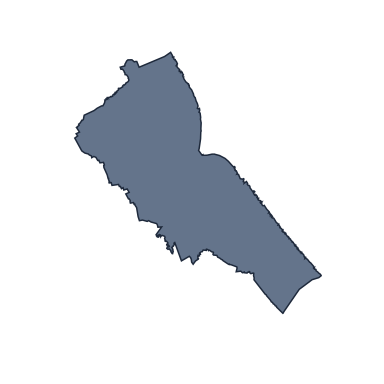 Mueang Samut Sakhon, Samut Sakhon, Thailand, rotated 248°
{"feature_id": "78962969B74449724715778", "entity_name": "Mueang Samut Sakhon", "entity_type": "district", "adm_level": 2, "iso_a3": "THA", "parent_name": "Thailand", "parent_adm1": "Samut Sakhon", "projection": "orthographic", "projection_center": [100.223, 13.533], "detail": "fine", "context": "isolated", "style": "filled", "palette": "slate", "viewbox_px": 384, "rotation_deg": 248, "n_neighbors": 0, "source": "geoboundaries", "source_scale": "gbopen_adm2", "svg_char_len": 6102}
<svg xmlns="http://www.w3.org/2000/svg" viewBox="0 0 384 384"><g transform="rotate(248 192 192)"><path d="M45.5,230.8L45.7,231.4L46.4,232.0L61.6,255.0L65.7,270.5L65.1,277.5L66.0,280.4L66.4,280.5L68.3,279.9L69.5,279.0L70.6,278.7L72.5,277.5L73.7,277.9L74.5,276.7L75.4,277.1L75.8,276.6L76.1,276.9L76.0,276.3L77.6,276.9L82.1,275.4L82.8,274.8L86.4,273.8L87.6,272.8L88.5,272.9L88.2,271.9L88.6,272.2L89.1,271.9L89.6,272.3L90.1,271.8L91.5,272.1L94.3,271.2L94.2,270.6L95.0,270.9L94.8,270.2L95.2,269.8L96.2,270.2L98.0,268.9L98.4,269.3L99.2,269.2L99.2,268.7L99.8,268.2L100.4,269.1L101.0,268.4L101.5,268.7L102.9,268.2L102.8,267.5L103.2,267.3L103.8,267.3L104.0,267.9L104.4,267.3L104.9,267.7L105.8,267.1L107.1,266.9L107.0,266.4L107.3,266.8L107.9,266.3L107.9,266.7L110.6,265.5L111.2,265.7L112.1,265.3L112.3,264.5L113.2,264.9L113.9,264.3L114.2,264.7L115.0,264.3L115.3,263.8L117.7,263.2L118.1,263.4L118.1,262.6L118.5,262.4L118.9,263.1L119.5,262.7L119.7,262.9L120.6,262.0L120.5,261.5L121.5,261.1L122.1,261.9L122.7,262.1L122.7,261.5L123.1,261.9L123.2,261.6L124.6,261.2L126.0,260.1L126.4,260.7L127.5,260.3L128.1,260.5L129.1,260.2L129.1,259.8L129.5,260.1L129.5,259.7L129.8,260.0L130.8,259.7L131.9,258.8L136.5,258.1L137.4,257.8L137.8,256.8L138.4,256.4L138.9,256.3L139.2,257.4L140.8,257.0L140.7,256.4L141.1,256.8L141.9,256.6L142.0,255.9L142.5,256.3L143.9,256.1L143.9,255.2L144.8,256.1L148.1,254.8L152.5,254.0L152.4,253.4L153.0,252.3L154.8,252.1L155.9,252.7L156.0,251.4L156.8,251.4L157.1,252.7L157.4,251.9L158.2,252.3L159.7,250.5L160.6,250.5L161.1,251.2L161.3,250.6L161.8,250.9L162.5,250.1L163.4,250.9L165.1,250.5L165.0,249.4L165.6,249.0L166.1,249.4L166.2,248.8L168.1,248.6L168.7,250.3L169.9,249.8L169.6,248.5L174.0,247.4L175.7,247.8L176.8,247.3L177.0,246.6L178.5,246.2L179.1,246.8L181.3,246.4L180.6,243.7L181.4,244.3L182.4,243.4L184.6,245.0L185.1,244.7L185.0,243.6L186.3,241.7L190.8,241.7L191.1,241.1L191.9,241.0L191.9,240.4L192.5,241.1L195.0,241.0L195.1,240.5L196.1,240.0L197.0,240.6L197.3,240.2L198.4,240.1L198.9,241.2L199.3,241.1L199.7,240.8L199.5,240.1L200.9,239.3L206.9,237.2L210.8,235.2L215.5,231.2L218.8,226.8L219.6,224.7L220.5,219.6L222.1,215.5L222.3,215.3L222.6,215.7L222.7,215.0L228.1,213.7L229.4,214.8L238.0,219.8L244.3,222.6L245.1,223.3L247.0,223.8L252.7,226.4L256.3,227.1L258.0,228.0L261.8,229.0L263.0,228.9L263.4,228.4L264.9,229.8L266.7,230.2L266.7,229.0L267.5,228.3L269.5,229.8L272.0,230.1L274.9,229.9L278.5,230.3L279.0,229.9L281.4,229.7L282.0,230.1L286.8,229.9L290.2,228.8L291.7,229.3L292.0,229.0L292.6,229.3L293.8,229.2L294.0,228.5L295.5,228.2L296.1,227.6L299.6,226.9L301.2,226.9L301.7,227.4L302.1,226.9L303.2,226.8L303.8,227.9L305.5,227.6L306.6,227.8L306.9,226.4L307.7,227.1L308.3,227.0L308.1,226.1L308.5,225.4L309.2,225.5L310.1,226.4L313.0,225.1L314.4,225.1L314.9,224.6L315.3,225.8L316.0,225.7L316.3,226.5L319.2,226.4L320.0,225.8L321.0,226.0L321.1,225.5L322.0,225.0L323.1,225.4L323.6,224.9L324.1,225.5L324.5,224.5L325.7,225.0L329.5,224.5L327.9,217.3L327.5,189.7L333.7,189.7L334.3,188.1L334.3,187.2L337.1,185.8L338.5,182.0L337.9,180.4L336.7,179.1L335.6,177.7L334.1,176.9L334.6,172.2L332.4,172.1L331.9,173.6L329.2,174.3L328.3,174.1L327.6,174.4L325.9,173.9L325.1,175.2L323.2,175.7L321.8,175.8L321.4,175.4L320.4,175.6L319.1,175.2L318.2,174.0L317.7,171.3L317.1,170.9L316.5,169.2L316.9,168.6L316.2,167.3L315.5,167.2L314.9,163.6L315.6,163.2L315.6,162.6L314.0,161.8L313.5,159.5L312.8,159.7L312.4,158.8L312.8,158.1L312.0,158.2L311.7,157.8L312.1,157.2L311.4,156.6L312.0,156.2L311.7,155.1L310.4,154.2L310.8,153.4L310.5,152.7L311.0,152.2L310.6,151.3L310.7,150.4L311.2,149.4L311.1,148.9L310.6,149.0L311.0,148.6L310.3,148.4L310.7,148.2L310.3,147.6L310.5,147.3L309.8,147.2L309.9,145.6L309.3,145.6L307.2,144.1L305.3,141.7L305.7,140.3L305.2,135.4L304.2,131.8L303.6,120.8L299.9,118.4L299.4,116.8L299.7,116.6L298.0,114.4L297.3,112.3L296.2,112.3L295.2,109.4L294.9,109.8L294.4,109.2L289.7,110.1L289.4,106.4L286.8,107.0L285.9,103.5L271.4,105.2L268.3,107.2L266.0,110.2L264.9,110.6L263.1,112.3L261.4,111.9L261.7,114.3L260.1,115.9L256.6,116.4L256.3,116.7L256.3,117.5L253.5,117.6L252.6,121.0L249.9,120.9L249.7,120.1L247.6,119.5L239.7,119.8L236.0,119.3L235.8,119.7L234.7,119.2L232.4,119.4L232.3,118.7L231.4,118.6L230.9,120.6L228.1,120.3L226.5,126.7L224.3,126.7L224.0,127.7L221.5,127.8L221.8,129.7L219.4,129.5L219.1,133.0L215.2,133.6L215.0,129.9L209.4,130.5L209.2,131.2L207.0,131.5L206.2,130.9L204.8,130.7L204.1,133.8L202.3,133.7L202.2,134.4L201.2,134.2L198.3,134.8L189.3,132.8L185.1,132.5L184.5,135.6L181.5,139.5L181.7,141.1L179.6,142.7L176.0,147.3L174.7,147.6L172.1,147.2L171.0,150.8L165.9,142.8L165.0,143.2L164.7,142.6L163.3,143.0L162.7,144.1L163.4,145.1L163.9,144.9L164.0,144.2L164.5,144.4L164.8,145.8L163.9,146.7L162.3,146.3L162.8,147.0L162.8,148.3L161.2,150.0L160.0,150.0L159.0,149.1L157.3,149.2L156.8,148.6L156.1,149.0L155.9,149.9L154.0,150.6L153.2,150.2L153.0,149.0L152.5,148.7L152.0,148.9L151.8,150.1L150.2,150.7L149.7,149.9L150.4,149.2L150.3,148.5L149.1,147.5L147.8,148.3L147.8,149.5L145.4,150.4L144.4,150.0L143.7,150.5L142.5,150.4L142.1,150.9L144.1,152.4L145.5,152.4L145.9,152.8L148.2,152.6L148.8,154.5L149.2,154.5L149.9,156.2L151.3,156.1L151.6,157.1L132.1,156.4L133.4,165.4L131.7,166.1L129.8,166.1L127.1,165.4L124.6,166.0L126.7,169.4L127.4,172.7L127.8,173.0L128.4,172.5L129.4,173.2L130.2,173.2L130.8,173.7L130.1,174.0L130.0,175.0L131.1,175.3L131.1,176.5L131.7,176.5L132.0,175.8L132.6,176.2L133.1,178.3L132.8,179.1L134.0,180.6L132.5,183.4L133.5,183.8L133.5,184.2L132.6,185.1L131.4,185.5L131.7,186.0L131.3,186.6L129.3,187.7L128.3,189.1L127.8,189.2L126.4,188.1L125.5,188.3L123.9,191.3L122.0,191.4L120.4,192.9L118.4,194.0L117.8,194.8L116.8,195.0L112.3,198.1L111.1,199.0L111.1,199.7L110.6,199.7L110.0,200.9L105.8,205.5L104.6,205.3L101.5,203.1L100.3,207.6L98.3,208.5L98.0,209.2L98.3,210.4L97.4,210.5L96.2,212.7L96.7,213.5L96.5,214.3L96.9,215.2L96.4,215.6L95.7,215.2L94.2,216.0L94.0,218.2L93.5,218.8L91.3,217.7L89.2,217.5L87.4,216.6L69.7,221.6L69.0,222.3L67.9,222.3L62.3,224.2L60.4,224.4L59.4,225.3L57.9,225.4L56.9,226.3L55.2,226.6L54.5,227.5L53.5,227.3L45.5,230.8Z" fill="#64748b" stroke="#1e293b" stroke-width="1.5"/></g></svg>